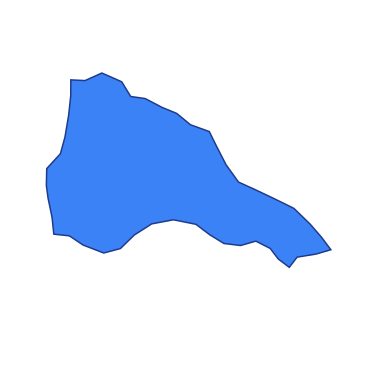 Poá, São Paulo, Brazil, rotated 288°
{"feature_id": "56859067B52445004777120", "entity_name": "Poá", "entity_type": "district", "adm_level": 2, "iso_a3": "BRA", "parent_name": "Brazil", "parent_adm1": "São Paulo", "projection": "albers", "projection_center": [-46.347, -23.539], "detail": "fine", "context": "isolated", "style": "filled", "palette": "blue", "viewbox_px": 384, "rotation_deg": 288, "n_neighbors": 0, "source": "geoboundaries", "source_scale": "gbopen_adm2", "svg_char_len": 709}
<svg xmlns="http://www.w3.org/2000/svg" viewBox="0 0 384 384"><g transform="rotate(288 192 192)"><path d="M180.0,341.9L188.9,329.3L198.0,314.2L207.9,294.0L210.6,275.5L213.6,252.6L215.8,233.2L228.4,216.0L244.2,200.1L254.8,189.8L255.5,169.7L262.0,153.2L263.2,137.4L266.4,118.5L263.9,104.2L275.1,91.1L277.3,69.5L264.9,55.8L261.2,42.1L246.2,46.9L227.2,50.9L205.0,54.2L187.7,55.0L169.4,46.6L153.1,51.5L141.5,57.1L124.5,66.8L109.2,73.6L112.4,88.9L107.9,104.8L106.7,126.9L116.1,141.4L133.4,150.5L149.2,163.5L159.8,182.8L162.5,205.7L156.8,222.1L152.9,238.3L156.1,254.7L165.0,267.9L162.5,283.8L154.9,294.8L150.4,307.8L162.5,312.1L171.4,329.3L180.0,341.9Z" fill="#3b82f6" stroke="#1e3a8a" stroke-width="1.5"/></g></svg>